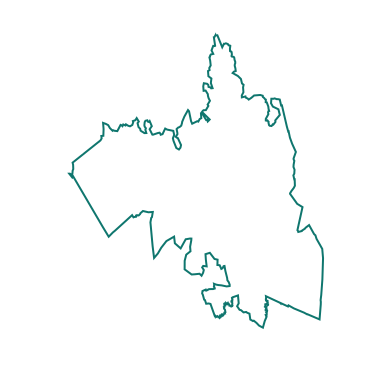 Annenieku pag., Dobele, Latvia, rotated 79°
{"feature_id": "27541924B50154726334308", "entity_name": "Annenieku pag.", "entity_type": "district", "adm_level": 2, "iso_a3": "LVA", "parent_name": "Latvia", "parent_adm1": "Dobele", "projection": "equal_earth", "projection_center": [23.093, 56.636], "detail": "fine", "context": "isolated", "style": "outline", "palette": "teal", "viewbox_px": 384, "rotation_deg": 79, "n_neighbors": 0, "source": "geoboundaries", "source_scale": "gbopen_adm2", "svg_char_len": 6005}
<svg xmlns="http://www.w3.org/2000/svg" viewBox="0 0 384 384"><g transform="rotate(79 192 192)"><path d="M154.2,305.6L209.7,286.1L220.0,282.3L216.6,277.4L215.3,275.0L203.3,255.2L205.7,254.3L205.5,253.3L205.6,251.7L204.4,251.4L204.2,250.4L204.7,249.9L204.8,248.8L203.8,247.2L203.0,246.7L201.3,243.8L203.6,238.6L204.1,234.3L209.0,236.1L209.7,237.0L213.9,238.6L237.7,241.0L249.5,241.8L245.8,237.2L240.8,232.8L235.3,226.5L232.4,218.1L239.1,218.6L245.2,213.9L237.2,207.2L237.3,202.8L237.6,201.5L239.2,201.9L245.4,204.3L249.9,204.8L252.4,209.6L258.1,212.3L266.5,214.0L272.9,208.1L273.3,204.9L273.7,200.2L276.0,198.6L273.4,196.5L270.8,195.3L268.0,196.4L266.7,195.1L267.8,191.8L261.0,191.3L255.6,190.6L255.1,186.1L262.0,182.7L263.3,179.8L268.5,181.0L269.2,178.8L273.1,177.9L272.7,176.6L270.8,175.1L270.8,174.2L275.8,174.3L283.1,173.9L285.4,174.1L287.6,173.1L290.3,172.7L291.5,173.0L291.3,176.0L289.3,180.8L288.3,184.1L287.5,186.0L286.3,187.9L287.4,187.9L289.2,188.6L289.9,188.1L291.1,188.1L291.3,189.9L290.6,193.7L290.9,195.0L291.2,195.3L291.5,196.9L290.4,197.1L291.2,200.6L293.6,201.4L294.7,201.0L300.0,200.6L300.6,199.9L304.4,199.4L304.6,196.9L305.4,195.2L318.1,193.3L318.2,193.0L318.7,192.9L318.3,192.6L318.7,192.4L318.6,192.1L319.2,191.7L318.8,190.8L319.1,190.7L319.2,190.2L319.9,190.0L319.9,189.5L320.9,189.0L320.5,188.5L320.5,188.2L319.6,187.9L319.2,188.2L318.5,188.0L318.5,187.8L319.4,187.1L318.2,186.4L319.0,185.8L318.2,185.4L318.9,184.8L318.0,183.9L317.0,183.4L317.2,183.0L316.5,183.1L316.4,182.6L316.6,182.4L316.4,182.1L313.9,182.1L312.6,182.8L311.9,182.5L310.9,182.7L310.5,182.1L310.5,181.8L309.2,181.8L309.2,181.3L308.6,181.4L309.0,180.8L307.8,180.7L308.0,180.3L307.6,180.3L307.6,180.0L307.8,179.9L308.4,179.9L308.5,179.7L308.4,179.5L307.8,179.5L308.5,178.9L308.1,178.4L309.0,178.5L309.3,178.1L309.1,177.8L309.3,177.5L308.7,177.6L308.6,177.4L310.3,176.7L310.8,176.8L310.9,176.1L311.9,175.4L311.7,174.3L311.2,173.9L310.1,174.1L309.3,173.7L307.9,173.6L307.7,173.6L307.4,174.2L306.7,174.2L306.4,173.9L306.9,173.6L306.8,173.3L304.8,172.7L304.4,173.0L303.5,173.0L303.1,172.2L302.3,166.6L310.2,167.4L312.7,169.5L316.7,167.8L317.4,166.4L320.0,164.4L320.1,161.7L321.1,160.8L322.4,158.8L328.3,159.1L330.3,156.8L330.1,155.9L332.9,153.6L335.9,151.7L338.7,148.3L332.5,145.2L329.0,142.8L328.2,142.5L328.0,142.9L326.8,143.1L326.8,142.4L326.1,141.9L325.7,142.0L324.5,141.6L324.2,141.9L324.8,142.2L324.1,142.2L323.5,141.2L322.9,141.3L322.7,140.9L321.7,141.1L321.8,142.2L321.3,142.1L320.2,141.0L318.8,141.1L318.9,141.5L319.2,141.8L318.6,142.3L318.1,141.8L316.2,141.5L316.2,140.9L315.9,139.9L316.3,139.5L317.6,139.3L317.4,138.9L316.7,138.7L316.2,139.2L315.7,139.3L315.0,139.1L314.9,138.8L314.6,138.6L313.6,139.4L313.1,138.9L312.5,140.0L311.9,139.8L311.4,140.0L309.9,139.4L308.4,139.3L317.5,126.8L318.2,126.3L317.9,126.2L322.7,119.6L321.7,118.9L325.7,114.2L331.9,104.9L333.9,102.5L333.8,102.4L334.0,102.0L341.4,91.1L327.1,87.1L324.4,86.5L322.7,86.4L317.8,84.8L302.7,80.7L282.0,76.0L272.7,75.0L261.7,78.7L258.1,79.1L256.6,80.2L246.8,83.4L248.8,87.4L249.5,88.1L251.1,91.9L251.3,91.9L251.5,95.3L250.4,95.4L249.6,95.8L227.9,86.4L223.7,91.0L212.5,96.1L212.0,96.0L209.9,94.1L207.4,91.3L205.5,89.8L199.2,88.8L199.2,89.2L195.0,89.3L193.5,88.1L189.7,87.1L186.8,87.6L184.5,87.0L180.9,85.6L179.6,86.0L178.5,85.9L172.5,82.4L163.7,84.5L157.3,85.5L150.9,85.6L151.0,86.0L145.8,86.4L124.1,87.2L124.1,88.0L118.0,88.2L117.2,90.0L117.1,91.0L115.9,93.0L116.0,94.4L115.6,96.3L120.0,97.5L123.6,96.3L127.3,91.4L133.1,91.1L137.6,96.6L139.1,96.7L141.4,99.3L141.0,99.8L142.4,101.3L141.8,103.1L141.1,103.6L138.4,103.7L137.8,103.4L136.1,104.3L136.3,104.9L135.9,105.9L134.3,105.6L130.2,102.2L128.6,102.2L127.4,101.7L127.2,100.8L125.2,101.0L122.7,100.8L118.3,101.5L117.9,102.5L115.4,101.9L115.1,102.4L113.4,103.3L112.2,104.3L111.0,104.2L109.8,106.5L109.1,112.6L110.9,115.8L112.1,118.7L110.9,119.5L109.6,121.2L108.4,121.3L108.6,125.0L106.7,124.7L103.9,122.5L99.0,121.9L96.6,120.9L95.0,122.2L90.4,122.4L86.9,124.8L83.0,129.4L81.9,128.0L81.6,126.0L78.7,125.8L76.3,126.0L74.8,125.6L73.9,125.0L72.4,124.7L70.5,125.0L68.2,124.9L67.3,125.3L66.6,127.1L66.1,127.3L64.6,126.6L62.2,126.4L61.5,126.8L61.4,127.4L60.9,127.8L58.5,127.4L55.8,126.5L55.4,126.9L55.0,128.1L53.7,128.5L52.7,130.0L52.5,130.7L52.9,132.1L52.7,132.4L55.7,134.7L43.0,137.2L42.8,139.1L42.6,139.1L44.3,140.5L44.3,141.0L52.9,141.4L53.1,141.8L52.6,143.3L56.7,145.8L60.5,144.8L60.6,147.3L61.6,148.2L62.7,148.5L63.1,149.2L66.5,149.1L71.3,149.5L73.6,151.4L75.7,151.5L76.3,153.2L81.5,153.8L84.3,151.3L88.6,152.7L94.0,152.0L93.9,153.4L92.8,154.0L92.0,155.7L89.9,155.6L88.7,156.5L87.5,159.6L90.4,160.8L94.9,161.3L95.0,159.3L99.0,157.8L100.6,158.0L103.0,157.8L105.9,157.0L109.2,160.0L110.6,159.5L114.3,162.8L113.9,165.0L114.3,165.8L115.3,166.9L124.2,160.8L125.0,161.9L125.8,163.1L123.9,163.4L124.0,164.4L115.9,167.3L116.4,168.2L121.3,168.8L121.8,170.5L124.1,172.4L123.5,173.3L125.0,178.8L122.2,179.4L112.2,179.5L110.8,180.3L116.5,185.1L121.3,188.3L122.3,188.6L124.8,189.9L125.8,191.7L126.2,193.5L127.3,195.1L131.4,195.1L132.5,195.3L134.7,197.4L136.1,196.2L136.4,195.6L143.8,193.8L146.3,194.9L147.8,196.7L145.8,199.0L138.2,200.4L135.6,200.5L132.5,198.6L128.4,198.7L126.0,204.5L124.6,206.2L129.6,209.9L129.8,211.8L128.9,211.9L127.6,212.5L127.6,214.2L128.3,219.4L128.1,220.0L122.3,221.6L119.7,218.9L114.4,220.0L115.1,220.7L114.7,221.7L113.1,222.2L113.2,224.1L114.4,225.1L117.3,226.0L118.8,226.0L120.6,225.1L122.0,225.9L125.4,225.6L125.1,227.5L123.6,229.0L122.7,230.1L121.8,230.8L120.1,230.8L118.0,232.1L114.0,232.3L112.7,230.8L108.9,232.2L110.7,233.9L111.1,236.5L112.3,236.4L114.8,237.8L115.7,240.3L114.8,242.0L113.0,243.9L114.0,244.6L112.6,246.6L114.1,247.7L113.0,248.5L112.5,249.3L118.0,253.7L117.1,256.4L116.3,257.7L116.7,258.3L113.6,260.4L110.4,261.5L108.7,263.6L107.2,266.1L113.4,266.8L119.9,268.3L119.7,270.3L122.2,270.5L123.9,272.0L140.4,303.6L142.6,303.5L146.9,304.2L148.1,305.0L152.4,306.3L150.7,308.4L150.6,309.0L155.0,306.7L154.2,305.6Z" fill="none" stroke="#0f766e" stroke-width="2"/></g></svg>